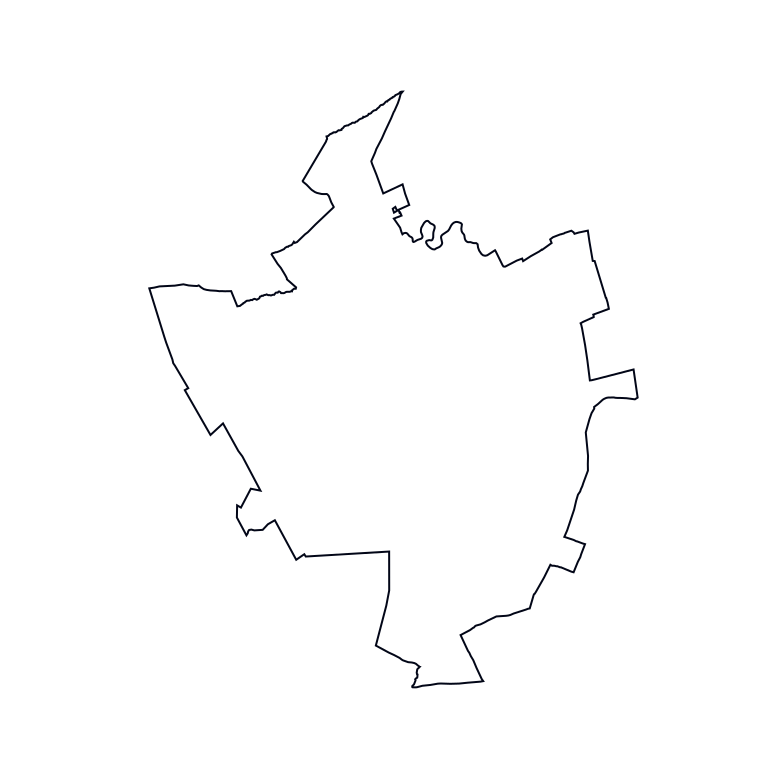 Rauseni, Botosani, Romania, rotated 283°
{"feature_id": "2599482B43071956951910", "entity_name": "Rauseni", "entity_type": "district", "adm_level": 2, "iso_a3": "ROU", "parent_name": "Romania", "parent_adm1": "Botosani", "projection": "natural_earth1", "projection_center": [27.226, 47.56], "detail": "fine", "context": "isolated", "style": "outline", "palette": "ink", "viewbox_px": 768, "rotation_deg": 283, "n_neighbors": 0, "source": "geoboundaries", "source_scale": "gbopen_adm2", "svg_char_len": 6159}
<svg xmlns="http://www.w3.org/2000/svg" viewBox="0 0 768 768"><g transform="rotate(283 384 384)"><path d="M673.1,336.4L672.8,335.3L672.2,334.2L671.0,333.6L669.5,332.2L668.0,330.1L667.1,329.8L666.2,329.0L665.5,327.9L665.0,327.9L663.2,325.8L662.4,325.5L662.1,325.2L662.0,324.8L661.4,324.2L660.1,323.7L660.2,323.1L660.0,322.8L659.5,322.5L659.2,322.1L657.0,321.0L656.6,320.5L655.7,320.0L655.6,319.3L655.1,318.3L654.1,317.5L652.7,317.0L650.7,315.4L649.4,314.8L648.0,312.4L645.9,310.8L645.1,310.6L644.0,309.3L644.0,308.7L643.8,308.3L642.5,308.0L641.9,307.6L639.7,304.8L639.7,303.7L638.4,303.5L637.1,301.5L636.5,300.7L635.5,299.8L633.9,298.9L633.4,297.8L632.9,297.3L632.2,297.0L631.9,296.6L631.6,294.7L631.1,294.0L630.3,293.5L629.0,291.8L627.9,290.9L627.7,289.9L626.3,287.5L623.9,286.3L623.1,285.4L622.0,285.4L621.1,283.6L621.1,282.8L620.9,282.5L618.7,280.8L618.5,280.2L618.1,279.8L618.1,278.7L617.7,278.1L617.4,277.7L616.8,277.5L616.4,276.6L615.7,276.0L615.6,275.6L615.1,275.1L613.1,273.8L612.3,272.3L610.5,273.3L609.7,273.4L608.5,273.0L607.3,273.0L563.5,259.1L562.8,259.7L560.8,263.7L557.5,268.8L556.8,270.1L555.5,273.5L555.1,275.7L555.1,280.3L555.4,282.2L556.2,285.3L556.1,286.1L555.0,287.7L554.0,288.5L549.1,291.8L545.2,295.2L544.9,295.2L524.1,281.4L514.7,275.6L512.1,273.4L502.7,267.3L501.4,265.3L502.3,264.2L499.4,263.2L498.4,262.4L497.0,260.2L496.1,259.6L496.2,259.3L495.9,258.6L494.5,257.1L493.0,256.3L490.3,252.9L488.3,249.9L488.1,249.0L486.0,245.6L485.0,245.3L477.1,253.3L473.9,257.4L467.6,263.5L465.1,265.6L464.1,265.9L458.4,276.6L457.0,276.6L456.6,274.9L454.5,273.3L453.6,273.5L453.4,272.4L452.7,271.6L452.0,268.6L451.5,267.7L450.3,266.5L449.9,265.7L449.4,263.2L450.2,262.4L450.6,260.9L450.2,260.4L449.1,259.9L448.8,258.3L448.2,257.8L446.2,256.9L446.1,256.1L445.7,255.2L445.0,254.3L444.8,253.7L444.9,252.7L444.5,251.2L444.9,249.5L444.2,248.6L443.9,247.7L443.2,246.6L442.6,246.2L442.6,245.2L442.0,244.7L441.2,243.5L439.9,243.3L439.1,242.9L437.5,241.1L437.8,239.5L437.8,238.5L437.0,237.4L436.1,236.7L436.0,235.4L435.0,234.1L434.3,231.7L433.6,231.1L433.3,230.6L431.9,229.8L431.3,228.8L430.3,228.4L429.6,227.6L427.7,226.1L426.7,223.6L440.1,214.2L438.6,208.2L438.0,205.0L437.4,202.7L437.1,199.6L436.1,193.7L435.8,190.0L435.9,187.1L436.9,184.2L438.4,181.3L437.4,179.8L436.8,176.4L436.1,171.6L436.0,166.1L432.8,158.1L428.6,143.3L426.2,138.4L424.4,133.8L380.4,159.4L375.4,162.4L360.3,172.3L356.8,174.0L354.7,176.3L335.9,194.2L333.2,191.3L295.3,226.4L309.4,236.0L286.0,257.1L281.6,262.3L252.3,287.6L252.0,277.8L231.4,272.4L232.7,268.2L220.8,270.7L205.6,284.0L207.8,284.8L209.8,284.8L211.4,285.4L212.3,287.5L212.2,290.6L214.6,298.6L221.2,302.4L226.7,308.3L193.0,338.0L200.2,344.6L198.3,346.6L221.9,426.7L184.0,435.5L168.6,436.1L127.3,434.9L123.4,449.0L122.2,454.7L120.6,460.8L119.4,463.4L119.0,464.7L118.4,470.1L118.9,473.8L118.9,476.4L118.5,478.2L117.3,480.4L116.9,481.5L116.4,481.8L116.4,482.4L114.9,481.5L114.2,480.9L113.3,480.6L110.1,480.8L108.6,481.5L108.5,482.0L106.0,482.4L105.3,482.4L104.5,481.5L103.3,480.8L102.6,481.3L102.2,481.4L98.1,480.8L96.0,479.5L95.1,479.7L94.9,480.0L95.6,483.3L96.0,484.4L98.6,489.3L101.2,496.9L104.1,503.8L104.9,506.5L106.8,516.1L109.0,524.6L111.8,532.8L115.7,545.0L116.8,547.5L118.5,545.6L128.2,538.0L135.0,533.1L138.4,529.8L141.3,527.6L142.8,525.9L156.6,515.1L163.7,523.3L166.4,525.6L167.1,526.5L168.4,527.1L169.3,528.0L171.5,532.1L174.5,535.8L176.8,538.3L182.8,545.8L185.6,555.1L186.4,557.2L187.4,559.1L189.5,561.9L196.1,573.0L197.4,574.9L198.1,576.5L212.0,577.3L213.0,577.5L213.4,578.0L215.7,578.8L231.5,583.5L245.3,586.8L244.7,588.6L245.2,590.7L245.2,592.9L245.4,594.0L245.0,596.8L245.2,597.6L243.3,608.7L243.2,611.1L254.4,612.9L259.4,614.2L262.4,614.4L273.2,615.9L273.3,613.6L274.1,607.5L274.0,606.8L274.7,604.0L275.6,594.1L282.6,595.4L304.4,597.5L313.6,597.5L319.8,597.9L323.4,599.3L325.7,599.5L329.1,600.2L332.5,600.5L345.5,602.2L351.9,600.6L359.8,599.0L382.2,591.5L396.0,592.1L402.3,592.8L407.3,594.4L408.9,593.9L412.6,597.0L417.8,600.6L419.1,601.9L420.5,603.8L421.2,605.4L422.6,611.0L422.6,612.5L423.0,614.9L423.8,618.5L424.7,623.5L425.5,631.9L427.8,634.2L454.3,623.9L435.9,588.5L434.4,585.5L433.8,583.8L452.6,576.9L467.1,571.2L482.7,564.5L486.0,562.9L487.4,561.9L489.4,564.1L496.4,573.3L497.9,572.8L498.7,572.3L507.8,586.2L513.7,583.5L517.9,581.1L517.9,580.7L551.2,561.6L550.9,559.7L568.8,552.2L579.3,548.1L575.4,539.7L573.2,535.8L574.4,534.7L575.5,532.1L572.1,526.5L572.0,526.2L571.1,525.4L570.3,523.8L569.6,522.7L569.5,522.2L565.0,515.6L562.3,513.4L559.1,515.6L550.3,507.9L550.1,507.6L550.3,507.4L548.1,505.5L541.6,498.3L535.0,491.9L537.3,490.4L534.1,485.6L525.7,475.8L525.4,474.8L525.4,473.9L526.4,472.8L538.3,463.1L539.3,462.1L532.7,455.7L532.0,454.4L531.7,453.6L531.7,451.6L532.6,449.7L535.4,446.7L538.2,444.9L541.2,443.8L542.0,442.3L541.4,439.3L541.7,436.4L541.1,434.0L541.3,432.8L542.1,431.3L543.7,430.1L546.9,428.8L547.6,428.3L549.2,426.2L550.5,425.2L552.7,424.4L557.1,424.0L557.9,423.1L558.3,421.4L558.4,419.5L558.3,418.4L558.0,417.4L557.1,416.0L555.7,414.8L553.6,413.8L549.2,412.7L547.5,411.9L542.6,407.3L541.3,406.6L540.4,406.5L539.3,406.7L534.5,409.0L532.9,408.9L531.6,408.3L530.6,407.7L529.6,406.7L527.9,404.4L526.6,403.2L526.4,402.6L526.3,400.8L527.0,398.6L528.7,395.5L530.8,393.5L531.8,393.1L532.5,393.1L533.2,393.5L534.4,395.7L534.5,397.6L534.8,398.2L535.5,398.7L537.8,399.0L541.6,398.2L543.1,398.0L547.5,398.3L549.2,397.8L549.8,397.2L550.4,395.9L551.0,393.1L552.7,390.4L552.7,389.6L552.5,389.0L552.1,388.3L551.2,387.6L549.9,386.8L544.6,385.2L542.5,385.3L540.4,385.8L537.4,387.9L536.3,388.4L535.0,388.3L533.9,387.5L531.9,384.2L529.5,381.7L529.0,380.7L529.3,380.1L529.9,379.8L531.7,379.3L532.6,378.7L533.2,377.8L533.8,375.5L535.7,373.0L536.1,372.1L536.1,371.1L535.4,369.4L534.0,368.3L535.7,367.0L540.0,364.5L547.4,356.4L552.0,363.2L554.7,361.2L554.3,360.7L556.7,359.2L556.1,358.2L553.2,355.2L556.7,353.1L559.1,355.2L556.0,357.6L564.1,368.3L574.3,361.7L582.7,357.2L569.5,340.4L586.3,329.5L596.1,322.7L598.2,321.5L607.2,323.2L611.3,323.7L622.8,326.7L630.2,328.1L644.6,331.2L651.2,332.3L652.3,332.7L660.5,334.3L665.0,334.8L670.3,335.0L673.1,336.4Z" fill="none" stroke="#020617" stroke-width="2"/></g></svg>